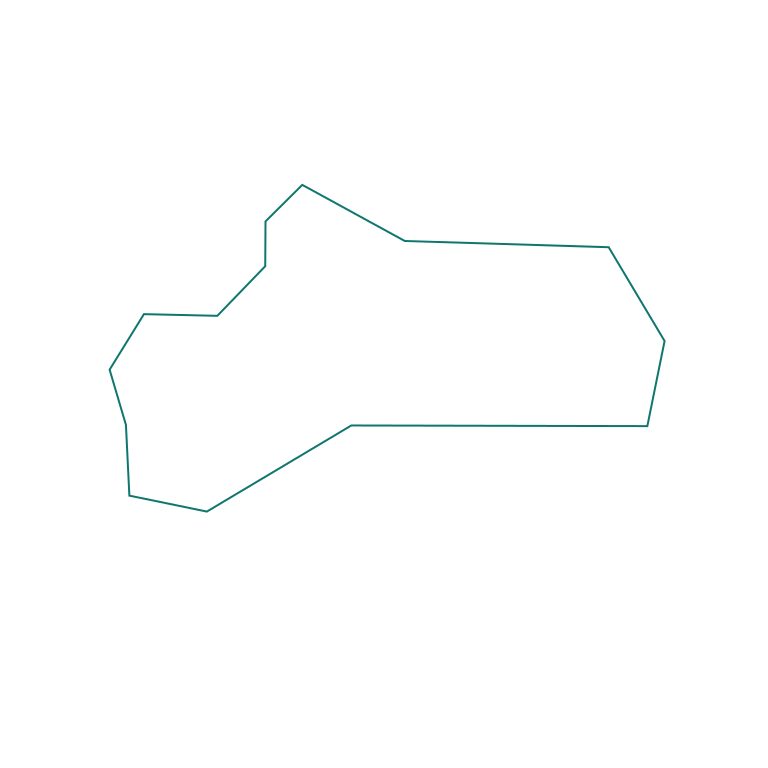 map outline of San Giljan (Robinson projection), rotated 40°
{"feature_id": "MLT-5935", "entity_name": "San Giljan", "entity_type": "state/province", "adm_level": 1, "iso_a3": "MLT", "parent_name": "Malta", "parent_adm1": "", "projection": "robinson", "projection_center": [14.492, 35.918], "detail": "fine", "context": "isolated", "style": "outline", "palette": "teal", "viewbox_px": 768, "rotation_deg": 40, "n_neighbors": 0, "source": "natural_earth", "source_scale": "10m", "svg_char_len": 345}
<svg xmlns="http://www.w3.org/2000/svg" viewBox="0 0 768 768"><g transform="rotate(40 384 384)"><path d="M468.2,134.8L571.3,170.7L612.8,247.0L385.6,436.8L330.3,595.6L260.7,633.2L212.6,581.2L164.6,549.4L155.2,484.8L212.5,438.9L217.3,370.1L188.7,335.6L193.4,284.0L308.0,261.1L468.2,134.8Z" fill="none" stroke="#0f766e" stroke-width="2"/></g></svg>